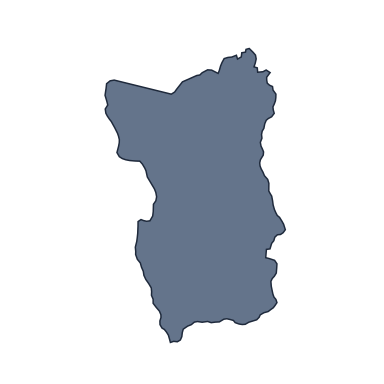 the district of Colina, São Paulo, Brazil, rotated 281°
{"feature_id": "56859067B82565562664373", "entity_name": "Colina", "entity_type": "district", "adm_level": 2, "iso_a3": "BRA", "parent_name": "Brazil", "parent_adm1": "São Paulo", "projection": "orthographic", "projection_center": [-48.594, -20.735], "detail": "fine", "context": "isolated", "style": "filled", "palette": "slate", "viewbox_px": 384, "rotation_deg": 281, "n_neighbors": 0, "source": "geoboundaries", "source_scale": "gbopen_adm2", "svg_char_len": 2624}
<svg xmlns="http://www.w3.org/2000/svg" viewBox="0 0 384 384"><g transform="rotate(281 192 192)"><path d="M40.2,199.5L41.9,202.5L42.2,206.2L44.5,208.8L48.0,209.6L52.2,209.3L55.7,209.6L59.5,213.3L61.7,216.7L64.7,219.1L65.9,222.1L66.1,226.8L67.9,232.1L67.4,235.8L68.7,239.6L69.7,243.6L73.2,247.5L74.2,250.4L74.1,254.0L73.8,257.2L72.0,259.3L71.4,263.3L71.5,266.6L72.3,269.5L75.0,272.6L77.4,277.1L78.9,279.9L81.8,281.8L84.4,282.4L87.2,285.6L89.2,289.6L91.8,291.9L93.9,293.9L96.3,295.1L99.6,296.5L102.5,294.9L104.5,292.5L107.2,290.9L111.2,289.2L114.6,287.8L119.3,286.5L122.4,287.3L125.0,288.9L128.5,290.2L133.1,289.7L137.7,289.1L140.7,286.1L141.4,280.5L141.6,276.9L149.9,276.0L151.0,279.4L156.8,280.0L159.8,281.6L163.4,281.9L166.3,284.0L167.2,287.0L169.4,289.2L172.8,290.8L177.8,288.1L180.1,286.2L183.8,282.8L185.2,280.2L187.7,278.2L190.6,276.2L194.8,274.1L198.7,272.8L203.2,271.0L205.4,269.0L207.6,267.2L211.9,266.4L215.2,265.8L218.8,263.9L221.8,260.0L225.1,257.8L228.0,255.4L230.6,253.8L233.5,252.9L236.7,253.0L241.8,254.9L245.0,254.6L247.8,252.8L250.2,251.0L253.8,249.6L258.1,250.4L261.7,249.3L265.1,249.3L268.2,250.4L272.9,250.4L276.6,251.2L278.7,252.9L281.0,255.8L284.9,257.7L288.1,256.1L291.0,255.2L294.2,256.0L297.4,256.5L300.5,256.3L304.1,255.7L307.5,252.1L310.9,250.9L311.6,247.8L313.2,245.1L316.1,244.0L318.9,243.4L324.1,245.9L325.9,241.5L323.6,238.7L322.1,233.6L326.3,232.4L326.7,229.0L330.6,229.5L334.9,229.6L338.5,228.2L340.8,225.3L343.8,220.8L342.3,217.8L339.5,217.8L338.2,214.3L334.0,214.6L331.2,211.3L334.7,209.5L332.0,205.2L331.0,201.7L329.1,198.1L324.6,196.7L321.1,196.0L316.3,195.6L313.4,195.0L315.4,188.0L314.9,184.0L311.0,179.2L308.3,177.3L307.3,174.5L298.3,161.6L289.7,157.2L286.8,155.9L284.1,153.0L287.0,94.3L285.5,90.4L282.0,87.5L277.3,87.9L274.4,88.0L270.3,88.2L264.8,91.1L261.3,92.7L256.9,91.0L252.9,92.4L250.4,94.4L247.8,97.0L245.8,99.3L240.2,104.0L235.4,107.7L232.8,109.2L229.5,110.7L226.4,111.2L222.7,111.2L216.4,110.8L212.8,113.9L211.5,117.2L211.0,120.8L211.0,124.8L211.6,130.4L212.3,134.9L209.9,138.0L206.3,141.2L204.0,142.8L198.2,145.3L187.9,154.5L184.6,156.6L180.5,158.2L176.5,158.2L172.6,156.5L165.3,157.7L160.9,158.0L155.7,156.2L154.6,153.0L154.7,149.9L155.2,147.2L152.7,144.7L148.3,145.5L141.1,146.6L136.4,147.0L132.9,147.2L127.0,146.9L122.9,148.1L119.9,148.6L115.5,151.2L112.5,154.8L108.5,156.8L104.9,159.3L101.0,160.7L97.4,163.3L93.8,167.0L90.1,170.3L86.4,171.4L82.9,171.9L79.3,174.3L75.3,175.1L72.0,178.8L68.9,182.7L65.6,184.9L62.9,185.5L59.3,185.1L55.7,185.9L52.7,188.5L51.8,191.1L49.7,193.6L47.0,196.1L43.7,197.8L40.2,199.5Z" fill="#64748b" stroke="#1e293b" stroke-width="1.5"/></g></svg>